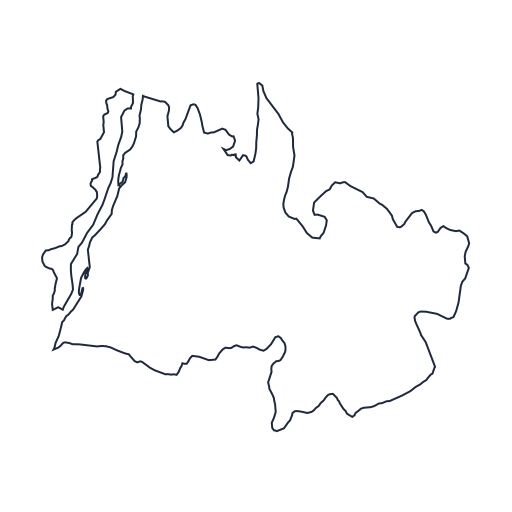 outline of Nasir, Bani Suwayf, Egypt, rotated 176°
{"feature_id": "37247803B95648929265509", "entity_name": "Nasir", "entity_type": "district", "adm_level": 2, "iso_a3": "EGY", "parent_name": "Egypt", "parent_adm1": "Bani Suwayf", "projection": "equal_earth", "projection_center": [31.113, 29.186], "detail": "fine", "context": "isolated", "style": "outline", "palette": "slate", "viewbox_px": 512, "rotation_deg": 176, "n_neighbors": 0, "source": "geoboundaries", "source_scale": "gbopen_adm2", "svg_char_len": 6086}
<svg xmlns="http://www.w3.org/2000/svg" viewBox="0 0 512 512"><g transform="rotate(176 256 256)"><path d="M60.5,268.4L64.4,270.6L66.9,272.7L69.9,271.2L72.9,267.5L74.8,266.7L77.2,268.1L79.2,273.9L81.1,277.4L83.7,285.4L85.6,289.0L87.5,290.4L90.0,289.6L93.7,289.5L97.3,288.0L104.6,279.8L105.8,277.6L108.8,275.3L110.6,274.6L113.1,275.2L116.9,283.1L117.6,286.8L122.1,293.9L126.5,298.2L128.9,299.6L134.6,305.2L141.4,307.3L145.2,312.3L157.0,319.2L162.0,323.5L164.5,323.4L166.9,322.6L171.9,324.0L175.5,321.0L177.9,317.3L181.6,315.8L186.4,312.0L194.3,305.3L196.0,297.3L194.7,293.0L191.6,293.0L184.8,290.3L182.9,286.7L184.0,281.6L187.0,274.3L190.0,271.3L191.2,269.1L198.6,270.4L203.6,275.3L207.5,282.5L213.1,290.4L215.0,290.3L220.6,293.1L223.7,297.4L225.1,302.5L225.1,306.1L224.0,310.5L222.8,314.1L221.0,317.8L219.3,322.9L217.6,330.9L215.2,337.5L212.9,342.7L210.6,353.6L211.4,362.3L210.9,371.0L211.5,375.6L211.2,376.7L215.4,381.1L219.8,387.5L223.7,396.1L234.5,412.6L237.1,419.8L237.8,425.6L240.9,428.4L242.7,427.7L242.5,413.2L243.5,403.7L244.7,397.9L243.9,392.1L245.1,386.2L246.2,381.8L246.7,376.0L247.8,369.5L248.3,363.6L249.5,357.8L251.8,350.5L254.8,349.0L257.4,352.6L258.7,356.2L259.9,356.9L261.8,357.5L266.0,352.4L269.1,355.9L269.2,358.8L270.4,358.8L271.0,358.1L272.9,358.7L274.1,358.0L277.2,358.6L281.0,365.1L278.5,363.7L274.8,364.5L271.2,366.8L268.8,372.6L270.1,377.0L271.4,376.9L274.5,379.0L277.6,384.0L280.8,385.4L289.3,382.3L292.4,382.3L295.5,381.5L299.2,382.8L300.5,390.1L300.6,392.3L302.0,400.9L303.9,407.4L305.8,411.0L307.7,411.7L310.8,410.9L316.7,397.7L319.1,394.0L320.3,391.1L322.1,388.9L325.7,386.6L329.4,385.1L332.5,388.6L334.4,391.5L334.6,401.7L332.8,406.8L332.3,410.4L333.0,412.6L336.1,416.2L338.6,416.8L340.4,416.8L356.5,423.0L357.6,423.6L358.2,419.9L359.8,415.1L360.5,410.3L362.4,404.2L362.3,401.3L362.8,396.5L364.4,392.4L366.8,388.5L367.3,383.7L369.8,377.2L371.7,373.8L374.1,371.0L379.5,367.9L381.4,365.8L381.6,362.5L382.6,359.9L382.8,356.6L384.6,353.4L387.2,345.9L387.8,343.2L388.2,340.8L388.3,336.1L387.7,335.9L386.8,337.5L384.4,339.0L383.6,340.0L382.8,342.8L381.1,344.5L380.3,345.7L380.0,347.2L379.5,347.3L379.4,345.7L379.6,343.7L381.4,338.7L385.4,335.5L387.8,332.9L390.2,325.4L394.9,316.2L396.5,312.2L397.1,308.0L402.0,302.1L404.6,298.1L410.6,292.2L415.1,288.1L418.1,285.8L420.7,281.2L421.7,277.9L423.3,274.0L422.6,256.5L425.1,250.7L425.0,248.5L426.2,246.3L427.2,245.3L428.0,245.9L427.9,247.7L427.4,250.0L424.4,254.4L425.1,255.8L426.3,254.8L428.3,252.4L432.0,246.4L434.6,236.3L435.2,233.0L435.2,231.2L434.6,229.4L433.4,229.5L431.3,236.0L430.8,236.1L430.7,234.7L433.0,227.9L442.1,215.4L444.8,213.2L447.1,210.7L449.4,209.3L450.7,207.5L451.9,205.4L454.1,203.4L454.7,200.9L458.3,190.1L461.9,183.5L463.6,178.2L464.5,176.8L459.9,178.3L457.5,179.8L454.4,182.8L452.5,183.2L448.3,182.2L445.2,180.8L438.4,180.2L421.1,176.9L416.1,177.0L411.8,176.4L407.5,175.0L401.3,171.6L393.8,168.1L389.5,166.7L388.8,165.3L387.0,163.1L384.4,159.6L381.9,158.2L378.9,159.0L377.0,158.3L369.5,151.9L365.1,149.1L354.6,144.3L352.1,144.3L349.0,143.6L346.0,143.7L343.5,143.0L341.1,146.0L339.3,149.7L338.1,151.1L336.9,154.1L334.4,153.4L332.6,153.4L330.8,155.7L329.0,158.6L326.6,160.8L319.8,159.5L310.4,155.4L303.7,155.5L301.3,158.5L299.5,161.4L295.8,165.1L292.8,166.7L289.7,166.0L287.2,166.0L284.2,167.6L281.7,168.3L277.4,166.3L274.9,165.6L272.4,165.7L268.7,165.0L265.1,165.8L262.0,164.4L258.8,162.3L255.1,161.0L252.1,162.5L247.2,166.9L242.4,173.6L239.3,174.4L236.8,172.3L236.2,170.8L233.7,167.2L233.0,164.3L233.0,161.5L233.5,158.5L236.5,153.4L238.9,150.4L240.7,149.7L243.2,149.6L246.2,147.4L248.1,145.1L248.6,142.2L248.6,139.3L252.7,129.1L252.0,124.7L251.9,122.6L249.4,116.8L248.1,113.2L248.0,111.0L247.3,106.7L247.2,99.4L247.8,97.3L249.6,92.9L251.9,88.5L251.8,83.4L250.2,80.8L248.7,80.5L247.5,79.8L240.1,82.2L235.3,88.1L233.5,89.6L231.1,94.7L230.5,96.9L228.1,98.4L226.3,98.5L222.5,97.8L215.7,95.8L211.4,96.6L209.0,98.1L206.6,100.4L204.1,101.9L201.7,104.8L198.7,107.1L196.3,110.0L193.9,112.3L192.0,113.0L188.9,113.1L185.2,108.8L184.5,106.7L183.3,105.2L182.6,103.1L179.4,97.3L177.5,95.2L176.2,92.3L171.2,88.8L168.8,90.3L167.6,92.5L164.0,94.8L162.1,96.3L159.1,97.1L152.3,97.2L148.6,98.0L143.7,100.3L140.7,100.4L135.8,102.0L132.7,102.0L119.8,106.7L111.3,110.5L105.8,114.3L100.9,116.6L97.9,118.8L94.8,120.3L93.0,122.5L90.0,125.5L88.2,126.3L85.8,132.1L85.1,132.9L92.7,158.2L97.0,165.9L97.2,167.2L101.7,179.6L102.2,183.3L101.8,185.0L97.9,188.5L95.7,189.1L90.4,188.6L79.3,185.6L69.8,180.1L67.0,179.8L65.8,180.5L63.3,181.3L60.9,185.7L59.9,187.8L57.2,195.5L53.7,212.1L51.9,216.0L48.9,219.0L44.5,229.3L45.8,232.5L47.7,233.9L47.8,241.2L46.6,245.6L43.7,250.7L42.5,253.7L43.9,260.9L47.6,264.4L51.4,267.2L54.7,266.8L60.5,268.4ZM452.5,215.9L451.3,218.7L443.0,231.0L440.9,235.4L441.0,240.9L441.6,248.8L441.7,254.6L441.2,260.9L434.3,270.5L432.5,277.5L428.7,281.4L422.9,290.8L416.2,298.6L411.1,308.8L405.5,317.9L403.2,323.0L398.7,333.9L396.0,338.7L393.7,344.5L391.4,360.5L387.7,369.8L385.7,376.2L382.2,384.2L380.7,389.4L380.9,404.0L377.1,410.2L373.9,412.1L370.4,411.9L370.4,413.2L368.0,417.3L367.8,423.7L367.1,425.8L375.5,429.7L379.6,432.2L384.3,429.6L384.9,426.7L387.3,424.5L393.5,422.9L394.7,421.4L394.6,418.5L394.0,417.1L393.9,413.4L393.2,410.6L393.8,409.1L397.5,407.6L398.7,406.1L398.6,400.3L399.2,397.4L399.0,390.1L403.2,383.5L405.0,382.7L406.3,381.2L405.2,355.1L405.7,352.9L405.7,350.8L408.1,347.8L408.1,347.1L409.3,345.6L414.2,344.0L414.2,342.6L415.4,341.1L416.0,339.6L415.9,337.5L414.1,336.0L412.8,334.6L411.5,333.2L410.9,331.8L410.3,331.1L410.2,327.4L410.8,324.5L422.9,311.9L432.0,306.6L435.0,304.4L436.9,302.2L436.8,300.7L437.4,300.0L438.0,294.9L437.9,292.0L438.5,289.1L439.1,287.6L440.3,286.9L441.5,285.4L442.1,283.9L445.7,280.9L449.4,279.4L451.2,279.4L456.1,277.8L460.4,277.0L462.2,276.2L465.3,276.2L468.3,272.5L469.5,269.5L469.4,265.2L467.5,260.9L466.9,260.2L463.2,258.1L460.7,257.4L459.4,256.0L458.8,253.8L456.2,248.0L456.2,247.3L457.9,242.2L459.1,237.1L459.1,235.6L460.2,232.7L461.5,230.7L461.7,228.0L462.8,222.2L462.5,216.4L456.9,218.7L452.5,215.9Z" fill="none" stroke="#1e293b" stroke-width="2"/></g></svg>